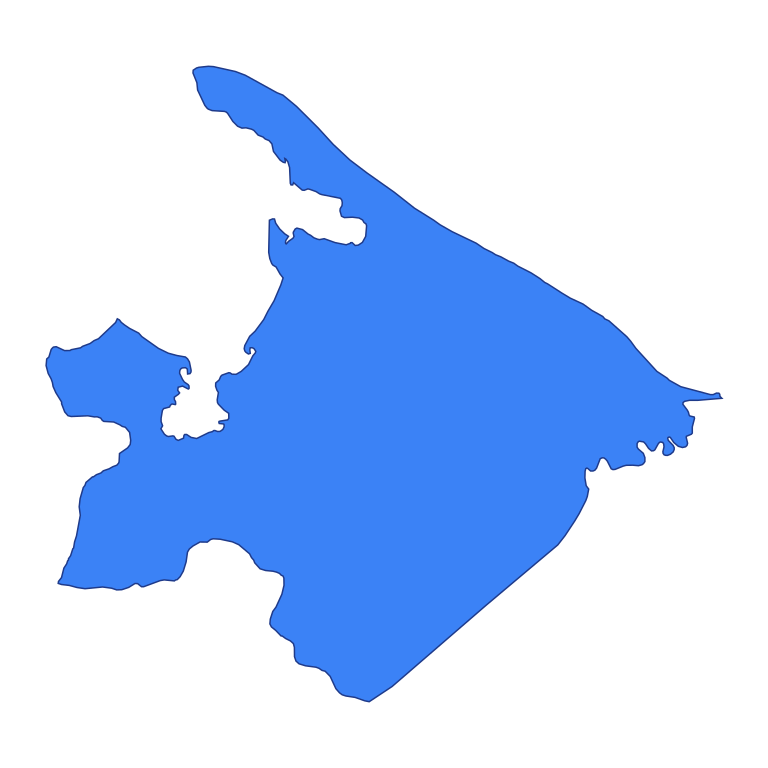 the district of Puerto Barrios, Izabal, Guatemala
{"feature_id": "79465075B20471919033812", "entity_name": "Puerto Barrios", "entity_type": "district", "adm_level": 2, "iso_a3": "GTM", "parent_name": "Guatemala", "parent_adm1": "Izabal", "projection": "orthographic", "projection_center": [-88.506, 15.734], "detail": "fine", "context": "isolated", "style": "filled", "palette": "blue", "viewbox_px": 768, "rotation_deg": 0, "n_neighbors": 0, "source": "geoboundaries", "source_scale": "gbopen_adm2", "svg_char_len": 6065}
<svg xmlns="http://www.w3.org/2000/svg" viewBox="0 0 768 768"><path d="M58.2,583.4L61.5,584.5L69.2,585.4L77.0,587.5L85.0,588.7L102.6,587.0L111.6,588.2L116.7,589.9L121.8,589.7L128.7,587.4L135.0,583.5L137.6,583.6L141.5,586.7L143.7,586.7L160.2,580.6L164.2,579.9L174.4,580.9L175.5,580.0L177.3,579.6L180.1,576.7L183.3,571.1L186.1,561.9L187.5,552.1L189.4,548.9L193.1,545.9L200.0,542.0L207.3,542.1L210.6,539.5L213.1,538.8L220.1,539.2L232.3,541.8L238.8,544.7L249.6,553.8L251.5,557.6L253.7,560.1L254.7,562.8L260.1,568.8L265.6,570.5L272.9,571.2L276.5,572.1L279.5,573.4L281.1,575.1L283.1,576.1L283.9,578.2L284.0,585.3L281.9,594.2L276.0,607.1L272.8,611.4L270.3,619.1L269.9,623.9L271.4,626.9L275.6,630.3L281.0,635.9L282.4,636.1L285.6,638.5L290.4,640.9L293.4,643.6L294.4,647.4L294.5,656.7L296.0,661.1L299.0,663.8L305.5,665.8L316.0,667.2L319.0,668.3L322.0,670.4L325.1,671.2L330.2,676.4L335.9,688.7L339.5,692.8L342.2,694.8L345.9,696.0L355.1,697.4L364.7,700.8L369.2,701.7L392.1,686.5L486.4,605.0L557.8,544.9L565.0,535.7L574.6,521.2L579.1,513.7L585.8,500.6L587.3,496.5L588.7,489.1L586.2,485.7L584.9,477.9L585.1,471.2L585.8,468.6L586.8,468.1L587.7,468.4L590.6,471.0L593.0,471.0L594.9,470.2L596.6,468.1L600.2,458.7L602.2,457.8L603.9,457.9L605.7,459.2L607.3,461.1L611.2,468.8L612.9,469.6L615.1,469.4L623.2,466.1L626.2,465.3L632.6,465.2L638.5,465.7L642.1,464.7L643.5,463.6L644.9,461.6L644.9,457.6L643.3,453.3L638.3,449.0L637.1,447.1L637.1,443.5L638.3,441.7L639.3,441.2L643.6,441.9L645.5,443.8L648.6,448.4L651.5,450.9L653.6,450.7L654.9,449.8L658.3,443.7L659.5,442.4L660.4,442.0L662.7,442.4L663.7,444.0L664.0,446.9L662.9,451.7L663.1,453.4L664.1,454.8L665.5,455.3L667.5,455.4L670.5,454.2L673.2,451.9L674.2,449.5L674.2,447.7L673.1,445.4L668.3,440.4L667.7,438.4L668.0,437.5L669.2,437.0L670.3,437.4L673.8,442.5L678.3,446.3L682.5,447.5L685.6,446.8L687.0,445.4L687.6,443.3L686.2,437.3L686.4,436.3L691.4,434.2L692.3,433.1L692.3,426.9L694.5,418.4L694.2,417.0L689.9,416.0L689.1,415.0L688.4,412.2L687.2,410.0L682.9,404.3L683.1,402.5L684.7,401.3L689.6,400.3L697.9,400.3L721.9,398.3L720.0,396.4L719.7,394.2L718.9,393.2L716.4,393.1L713.2,394.6L710.4,394.6L680.8,386.7L669.3,380.3L667.1,378.1L656.9,371.4L635.9,348.4L630.6,341.1L626.8,336.7L608.9,320.8L604.8,318.9L602.8,316.5L591.7,310.3L583.1,304.1L570.2,298.1L561.6,292.9L547.5,283.8L544.8,282.5L540.0,278.6L531.1,272.9L517.8,266.1L513.8,263.2L508.6,261.1L500.8,256.8L495.5,254.7L492.3,252.6L484.0,248.5L476.2,243.2L452.2,231.7L440.1,224.8L433.7,220.2L414.5,208.2L394.2,192.2L366.9,172.9L349.9,160.0L333.2,144.4L318.1,127.9L296.5,106.4L282.9,95.1L276.9,92.7L245.2,75.2L235.4,71.5L213.4,66.6L208.3,66.3L198.8,67.3L196.5,68.0L193.2,70.2L193.0,73.0L196.9,82.7L197.6,90.0L204.8,105.3L207.0,108.1L208.2,109.1L212.1,110.6L224.5,111.4L226.3,112.1L227.6,113.3L232.9,121.5L237.6,126.2L241.9,128.1L246.0,127.8L251.6,129.2L253.9,130.4L258.1,135.1L263.0,137.0L265.2,139.0L269.1,140.6L271.9,143.9L273.5,151.5L280.1,160.1L283.3,162.3L285.1,162.7L285.4,161.5L284.8,158.5L285.9,159.1L287.9,161.9L289.6,167.6L290.3,183.3L291.0,184.9L292.7,184.9L293.6,182.7L302.2,190.1L304.2,190.3L307.9,188.9L309.7,189.3L316.1,191.6L319.7,193.9L321.8,194.6L340.4,198.3L341.8,200.1L342.3,202.8L342.0,205.7L340.2,208.7L340.0,210.9L341.5,216.2L344.4,217.6L352.4,217.2L359.1,218.0L362.6,220.0L364.0,222.5L366.0,223.9L366.6,225.8L365.7,236.4L362.4,242.4L358.3,245.1L355.2,245.5L352.1,242.6L350.6,242.7L350.3,243.3L346.2,244.8L335.1,242.6L324.2,238.7L319.5,239.6L317.5,239.2L313.9,237.8L310.6,235.3L308.0,234.0L302.6,229.6L296.9,228.1L295.2,229.0L293.4,232.0L293.2,233.0L294.0,236.5L293.0,238.2L288.6,241.3L286.3,243.9L285.7,243.6L285.5,242.6L285.7,240.7L288.5,236.3L284.7,233.8L279.7,229.0L275.7,223.2L274.5,219.0L272.6,218.9L269.4,220.2L268.7,252.3L269.8,258.6L271.7,263.5L272.9,265.1L276.1,267.0L280.1,274.1L283.1,277.9L280.8,285.0L274.1,300.7L267.9,311.3L263.7,319.6L255.1,331.2L249.7,336.3L244.8,345.5L244.2,348.7L244.8,350.9L245.9,352.3L248.4,354.0L250.3,353.4L249.8,349.8L250.2,347.8L252.2,347.7L254.0,348.6L255.8,351.4L255.3,352.9L252.8,355.9L248.5,364.6L241.2,371.4L236.2,374.3L232.0,374.2L230.1,372.9L228.8,372.7L222.0,375.1L220.7,376.4L219.2,379.9L215.7,383.0L215.6,386.3L216.9,390.1L218.4,392.5L217.2,399.8L217.5,402.6L218.4,404.2L224.2,410.2L228.7,413.3L228.8,418.3L227.7,419.9L220.6,421.0L219.2,421.3L218.8,422.0L219.2,423.5L223.1,423.9L223.8,424.1L224.1,424.9L224.1,426.8L222.9,429.4L220.1,431.4L217.6,431.5L214.9,430.5L213.6,430.6L212.5,431.6L208.7,432.6L196.7,438.5L191.1,437.4L186.7,434.5L184.7,434.5L184.0,435.3L183.5,438.2L178.2,440.4L176.0,439.3L174.0,436.2L172.9,435.9L168.3,436.5L166.6,435.9L164.4,434.2L160.9,428.8L162.6,425.8L161.1,421.6L161.1,418.2L162.4,410.5L163.6,408.6L169.6,407.0L170.2,405.5L171.4,404.3L172.2,404.0L175.3,404.6L175.7,404.1L175.5,401.5L174.4,399.7L174.3,397.2L178.4,394.3L179.6,392.9L177.7,390.3L178.2,387.2L182.6,386.1L187.8,388.8L188.5,389.0L189.1,388.3L189.0,385.9L188.1,384.6L184.3,382.0L182.5,379.4L179.6,373.3L179.8,370.6L180.7,368.9L182.3,367.9L185.6,367.7L187.3,369.1L187.6,374.0L190.0,373.6L191.0,372.0L191.1,370.2L189.4,361.9L187.5,358.8L185.4,357.0L176.9,355.5L168.3,353.2L158.5,348.4L141.8,336.6L138.7,333.1L129.6,328.4L124.3,324.8L121.3,322.4L119.4,319.9L117.3,318.8L115.6,322.5L98.5,338.7L94.1,340.6L90.1,343.5L82.6,346.3L80.6,347.8L71.2,349.7L70.1,350.5L64.6,350.6L56.2,346.7L53.4,347.1L52.5,347.9L51.2,349.4L48.9,357.0L46.7,359.0L46.1,365.6L48.2,373.5L51.1,378.8L52.4,382.5L53.1,386.5L55.8,392.6L61.6,402.0L61.6,403.8L64.7,411.9L68.0,415.7L71.2,416.5L87.9,415.8L94.3,416.9L97.2,416.8L100.7,418.1L102.3,420.4L103.8,421.4L113.7,422.0L119.8,424.8L122.2,426.4L125.2,427.2L126.0,428.0L129.6,432.4L130.7,440.4L130.2,444.5L127.6,447.9L119.5,453.5L119.1,461.6L118.7,463.0L116.8,465.2L112.8,466.7L109.1,468.8L103.3,470.8L100.9,473.0L96.4,474.7L93.5,476.8L92.4,476.9L86.0,482.4L84.9,485.5L83.3,487.5L80.1,498.7L79.2,506.8L80.3,515.3L76.5,535.9L74.6,541.8L73.6,548.0L72.8,548.8L70.6,555.7L68.5,558.7L68.4,560.1L67.6,560.9L66.7,563.8L63.9,568.1L61.5,577.6L58.5,581.4L58.2,583.4Z" fill="#3b82f6" stroke="#1e3a8a" stroke-width="1.5"/></svg>